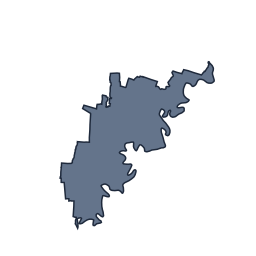 outline of Gorban, Iasi, Romania, rotated 48°
{"feature_id": "2599482B38258356055688", "entity_name": "Gorban", "entity_type": "district", "adm_level": 2, "iso_a3": "ROU", "parent_name": "Romania", "parent_adm1": "Iasi", "projection": "orthographic", "projection_center": [28.07, 46.911], "detail": "fine", "context": "isolated", "style": "filled", "palette": "slate", "viewbox_px": 256, "rotation_deg": 48, "n_neighbors": 0, "source": "geoboundaries", "source_scale": "gbopen_adm2", "svg_char_len": 5888}
<svg xmlns="http://www.w3.org/2000/svg" viewBox="0 0 256 256"><g transform="rotate(48 128 128)"><path d="M168.8,232.5L168.1,231.4L165.3,229.0L162.0,226.9L161.6,226.3L161.7,225.6L162.0,224.8L163.1,223.2L164.0,223.0L164.4,223.7L165.3,226.2L166.2,227.8L166.6,228.0L167.0,227.9L167.5,227.2L168.2,225.7L168.5,222.2L168.9,220.2L169.3,219.0L170.1,217.5L171.4,216.1L172.9,215.2L173.3,215.0L173.9,215.5L174.4,216.4L176.2,218.5L177.2,219.0L178.2,218.1L178.2,215.4L180.2,211.9L180.3,210.9L178.9,210.3L177.2,210.9L173.0,210.9L172.2,210.6L171.3,209.8L171.0,209.4L171.1,208.3L171.3,207.8L172.2,207.4L175.4,207.0L176.8,206.5L177.1,206.2L176.9,204.9L173.9,202.8L171.6,201.7L168.7,199.9L165.7,197.4L163.8,195.5L161.5,192.2L162.0,191.3L165.0,189.5L165.9,188.7L166.3,188.0L166.0,187.3L165.2,186.9L163.8,186.8L159.8,187.3L157.5,187.4L153.6,187.0L152.8,186.4L153.0,185.2L153.4,184.0L154.0,182.9L154.9,182.1L156.4,181.5L158.2,181.1L159.3,181.3L161.4,182.4L162.6,182.2L163.7,181.6L165.7,179.7L167.7,176.9L168.9,176.2L170.3,175.9L172.2,176.0L172.7,175.8L172.8,175.3L172.6,174.8L171.9,173.5L169.3,171.4L167.5,170.5L167.0,170.1L166.5,169.4L166.4,167.3L167.8,162.5L168.2,159.4L168.3,156.5L168.0,155.4L167.4,153.8L166.0,151.6L165.2,150.7L164.4,150.5L164.0,150.6L163.5,151.2L163.3,152.2L164.0,154.6L164.1,156.1L163.8,158.2L163.4,159.3L162.6,159.6L162.3,159.4L161.6,158.6L159.4,152.5L158.3,150.2L157.9,149.9L157.0,149.9L156.3,150.4L155.4,151.7L153.5,153.7L151.5,155.4L151.0,155.4L150.4,154.9L150.1,153.7L149.9,151.7L149.5,150.7L148.8,149.8L148.0,149.4L147.2,149.2L145.4,149.3L144.3,149.7L142.4,150.6L141.3,151.0L140.6,150.9L140.3,149.7L140.6,148.5L141.7,146.7L143.2,145.5L143.7,144.9L143.7,144.5L143.6,144.1L143.2,143.9L141.0,143.5L139.3,142.7L138.1,141.2L138.0,140.1L138.3,138.9L140.1,136.3L140.6,135.2L141.9,133.6L142.3,133.5L143.0,133.9L145.3,136.2L146.6,136.9L149.4,137.4L150.4,137.1L150.4,136.4L150.1,135.4L149.3,133.8L148.6,131.6L148.4,130.6L148.5,130.3L149.4,129.6L151.5,129.3L153.8,129.4L154.6,129.8L156.3,131.0L157.1,130.8L158.3,129.9L159.6,127.4L160.3,125.1L163.4,120.5L165.1,116.5L166.3,115.0L166.8,113.5L166.8,112.8L166.3,112.1L165.7,111.7L162.3,110.4L158.8,108.5L153.5,106.1L151.6,104.7L150.8,103.8L150.7,103.3L150.7,103.0L151.1,102.6L152.3,102.1L153.9,101.8L155.4,101.9L156.5,102.4L156.8,102.6L157.4,104.0L158.0,104.5L158.8,104.4L160.2,103.7L160.5,103.1L160.5,101.9L159.3,99.8L157.8,98.4L156.4,97.7L154.5,97.2L149.7,96.7L146.1,96.8L139.3,95.9L138.2,95.0L137.0,92.8L136.4,91.1L136.3,90.6L136.5,90.2L138.2,89.4L139.9,89.5L140.6,90.0L141.1,90.8L142.0,94.1L142.6,94.7L143.4,94.5L143.7,94.3L144.6,93.0L145.0,91.9L145.1,91.2L144.8,89.9L142.8,87.1L142.6,85.9L142.8,85.1L143.0,84.8L143.8,84.9L144.1,85.2L144.8,86.8L145.6,87.7L146.8,88.3L147.5,88.4L148.4,88.3L149.7,87.7L150.6,86.5L151.3,85.0L151.5,82.1L151.7,80.8L152.7,78.0L152.8,77.2L152.9,75.2L152.7,74.7L151.3,73.4L150.7,73.0L150.2,73.1L149.8,73.1L148.8,73.9L146.9,76.8L146.0,77.5L145.7,77.6L145.0,77.1L144.5,76.0L144.6,73.5L145.1,71.9L145.5,71.2L147.9,68.0L148.3,66.8L148.5,65.2L148.2,64.0L147.8,63.8L145.4,64.6L143.4,64.8L141.3,64.7L139.5,63.8L138.2,62.8L136.2,60.8L135.4,59.5L133.8,56.4L133.5,54.6L134.5,53.6L136.5,52.4L137.6,52.2L139.6,52.4L140.6,51.9L141.1,50.4L141.1,48.8L140.8,47.7L139.8,45.5L139.6,44.8L139.4,44.0L139.6,42.4L140.1,41.8L141.2,40.7L142.9,39.7L147.1,38.9L148.5,38.1L149.9,36.7L150.6,35.7L150.8,34.9L150.9,33.1L150.7,32.5L149.7,31.7L144.5,29.2L143.4,28.2L142.1,26.0L141.0,24.8L140.1,24.3L137.9,23.7L133.4,23.8L133.2,23.5L132.6,23.9L133.1,24.8L135.0,25.4L135.6,26.9L136.3,27.8L136.4,29.1L137.0,31.0L137.1,32.1L137.5,32.8L136.9,33.5L137.3,34.2L137.2,35.3L137.5,36.2L137.7,37.9L131.0,42.0L125.6,45.0L121.9,47.6L122.3,48.3L123.2,50.8L123.7,51.6L119.4,54.4L115.8,56.4L116.1,57.0L116.0,57.8L116.3,58.3L119.0,59.1L119.6,59.5L119.8,60.2L119.6,61.6L119.7,62.5L120.1,63.4L120.9,67.8L121.8,68.1L122.8,68.7L124.2,68.6L124.7,69.1L124.7,69.7L124.6,70.0L123.4,71.1L122.9,71.7L123.0,72.4L123.9,73.1L124.2,73.7L124.1,74.3L123.4,75.4L121.4,76.7L121.3,77.7L121.0,78.0L120.1,78.1L117.8,77.8L116.3,78.6L115.8,79.3L115.8,79.5L115.6,79.5L115.2,78.9L113.1,75.1L107.3,78.5L100.1,82.4L100.4,82.6L97.6,84.3L98.0,85.4L97.9,85.6L97.3,85.9L96.8,86.5L96.0,86.7L96.0,90.6L96.3,91.6L94.2,92.5L91.6,94.1L92.2,95.5L96.3,102.2L96.3,102.5L96.2,102.8L93.0,104.7L91.8,105.6L90.7,104.6L88.4,102.9L87.8,103.3L84.8,100.3L81.6,97.8L79.9,99.3L75.7,104.5L77.5,106.5L77.9,107.3L78.7,108.0L79.8,109.2L80.3,109.5L80.5,109.3L82.1,110.6L82.4,110.3L83.3,110.6L85.0,112.0L85.0,112.7L85.9,113.9L87.4,115.4L88.7,116.5L90.3,118.4L92.2,120.1L93.3,120.6L94.3,120.3L94.7,120.2L94.8,120.4L94.9,120.7L93.8,121.9L97.2,125.5L98.1,124.9L99.6,127.0L98.6,127.8L98.8,128.4L98.7,128.5L98.9,129.0L98.2,129.3L98.1,130.1L97.6,130.3L97.2,129.9L97.2,129.3L95.8,128.4L95.3,127.7L94.4,127.1L93.8,124.7L93.4,124.0L92.6,123.4L91.8,122.5L90.4,123.3L89.4,122.8L86.5,124.9L86.6,125.3L87.1,125.9L87.7,126.1L88.0,126.6L89.4,127.7L91.5,130.4L92.8,131.6L91.7,132.3L91.0,133.9L90.7,134.0L89.8,135.1L90.4,136.0L92.7,138.6L81.6,145.5L83.2,148.7L91.9,146.1L92.4,146.2L100.1,154.0L103.7,157.4L109.2,163.1L112.7,166.2L110.3,168.7L109.2,170.1L104.4,174.6L104.7,174.7L105.0,175.2L105.0,175.6L105.6,175.8L106.5,177.1L106.9,178.0L106.9,178.8L107.3,179.1L107.6,179.7L108.4,180.5L108.6,181.3L108.9,181.4L108.8,181.6L110.1,183.0L110.6,183.6L110.9,184.4L111.3,184.6L112.4,186.3L113.7,187.6L114.0,188.2L114.1,189.2L114.6,189.8L114.8,190.7L115.3,191.5L116.3,192.4L116.2,192.5L116.5,193.5L116.3,193.9L114.0,196.6L109.6,200.8L111.8,203.0L112.6,204.2L112.8,204.1L115.8,207.4L118.8,210.2L118.8,210.7L119.6,211.5L119.7,212.0L120.2,211.8L120.6,211.3L123.7,214.0L125.8,211.9L138.9,221.8L140.4,219.9L141.0,219.3L142.7,220.8L143.9,219.0L144.5,218.8L146.1,217.0L150.0,220.7L157.1,228.0L159.0,227.0L159.8,226.2L160.5,226.8L161.4,228.7L163.5,230.6L163.9,231.3L164.3,231.2L168.8,232.5Z" fill="#64748b" stroke="#1e293b" stroke-width="1.5"/></g></svg>